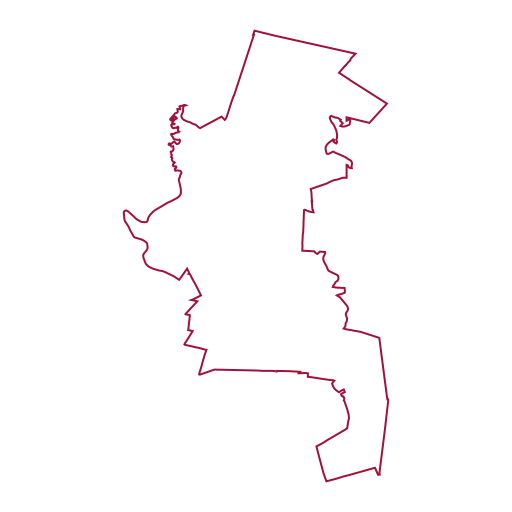 outline of Schitu, Giurgiu, Romania
{"feature_id": "2599482B69197751187645", "entity_name": "Schitu", "entity_type": "district", "adm_level": 2, "iso_a3": "ROU", "parent_name": "Romania", "parent_adm1": "Giurgiu", "projection": "natural_earth1", "projection_center": [25.835, 44.132], "detail": "fine", "context": "isolated", "style": "outline", "palette": "rose", "viewbox_px": 512, "rotation_deg": 0, "n_neighbors": 0, "source": "geoboundaries", "source_scale": "gbopen_adm2", "svg_char_len": 6111}
<svg xmlns="http://www.w3.org/2000/svg" viewBox="0 0 512 512"><path d="M379.7,474.6L379.5,472.5L385.1,427.9L388.2,400.8L388.1,399.4L387.4,399.4L386.8,395.7L379.3,337.9L360.4,331.8L346.8,329.4L343.7,328.6L345.4,326.2L345.5,324.0L345.9,322.9L346.6,321.7L346.8,321.0L347.1,318.9L347.0,318.1L345.9,315.1L345.8,314.2L346.3,312.4L347.0,311.7L347.4,311.0L348.1,309.0L347.6,306.8L346.3,304.9L339.8,297.2L336.9,295.4L338.1,294.8L342.2,293.7L344.7,292.7L344.9,292.3L344.9,291.6L344.6,288.0L336.6,287.6L332.9,287.0L333.2,286.4L333.1,285.9L334.6,283.8L335.6,282.1L337.5,280.8L338.1,279.7L338.5,278.2L338.1,275.9L337.3,275.1L336.2,274.5L329.1,271.1L328.5,270.7L327.8,269.5L326.4,266.0L324.1,262.0L323.2,259.3L323.4,257.2L324.1,255.5L325.2,253.4L325.2,252.6L325.0,252.0L320.1,251.6L318.6,252.7L317.5,253.9L316.1,253.3L315.2,252.6L314.4,251.5L314.0,251.3L302.3,250.7L302.5,244.8L302.3,244.3L302.8,234.5L303.0,232.9L303.2,232.3L304.0,210.1L304.4,209.8L305.7,210.0L307.6,210.9L309.6,211.6L313.5,212.3L312.8,209.6L312.5,209.4L312.3,208.4L312.0,203.8L311.7,201.2L312.1,201.2L311.7,198.1L311.5,193.5L311.3,191.6L310.7,189.0L327.1,183.4L329.2,182.2L333.9,180.2L337.6,179.5L342.6,177.8L344.6,177.7L346.6,177.8L346.6,164.9L347.7,165.3L348.5,166.8L349.1,167.6L349.9,167.8L350.8,168.1L351.8,168.1L351.5,166.5L351.9,164.4L352.0,163.1L351.3,161.1L349.6,159.8L348.4,159.2L345.2,157.1L340.3,154.8L335.4,152.8L333.5,151.7L332.7,151.7L329.5,153.5L328.2,153.9L327.3,153.9L326.9,153.7L326.5,153.1L325.7,149.9L325.6,147.8L325.7,147.0L326.1,145.9L327.6,143.9L329.1,142.5L333.2,139.4L334.2,140.0L333.5,141.6L334.6,142.5L336.2,143.5L336.5,143.2L337.0,142.2L336.4,139.6L337.0,137.6L337.1,134.8L336.6,131.9L336.2,130.3L334.1,125.6L332.8,123.5L331.8,122.4L331.1,121.2L330.0,118.8L329.8,117.3L330.6,116.3L331.3,115.9L335.3,117.6L337.1,117.7L337.7,117.9L340.8,119.8L340.2,120.9L342.7,123.2L340.4,126.0L342.1,126.5L343.9,126.6L345.3,126.3L349.1,124.9L349.6,124.2L350.2,121.3L350.3,119.0L348.1,119.9L346.6,120.8L346.6,117.3L369.4,122.9L386.9,103.6L350.9,80.7L349.0,79.3L339.0,72.8L344.9,65.9L345.1,66.0L347.7,62.9L350.2,60.3L350.1,60.2L350.9,58.5L355.5,53.7L276.1,36.0L254.5,30.7L253.1,34.9L253.9,34.9L234.0,95.6L233.7,95.7L231.5,101.8L227.3,115.1L226.3,117.8L225.4,119.3L224.7,119.9L221.6,116.6L202.5,126.8L200.1,128.2L198.1,126.9L196.7,125.5L195.6,124.8L192.4,123.6L190.5,122.5L186.2,121.1L183.7,119.8L182.9,119.2L182.4,118.6L181.5,116.9L181.3,116.4L181.4,115.4L183.1,111.5L183.1,108.4L183.5,106.5L184.0,105.9L185.7,105.3L184.5,104.9L183.6,105.1L182.6,105.7L180.1,106.1L179.5,106.4L180.1,108.7L180.1,109.2L177.9,108.9L177.3,109.1L177.8,111.5L177.4,112.5L176.4,113.0L175.3,113.2L170.2,119.2L170.4,119.9L170.7,120.2L171.2,120.3L171.7,120.0L173.7,117.7L174.5,116.5L174.8,116.4L175.3,116.7L176.5,117.7L176.8,118.3L176.6,118.6L174.7,119.5L173.7,120.8L172.6,121.6L172.3,122.0L172.2,122.4L172.4,122.8L173.3,123.5L174.5,123.8L174.5,124.1L174.2,124.3L171.7,124.3L171.3,124.7L171.2,125.1L171.4,126.0L172.3,127.6L173.2,128.3L175.7,127.7L176.2,127.9L176.7,127.8L177.0,127.5L177.6,126.7L177.9,126.7L178.3,127.2L178.4,128.0L177.9,129.2L177.9,130.3L178.4,131.1L179.2,131.7L178.2,132.4L175.8,132.7L173.9,133.9L171.6,133.8L171.1,134.1L171.1,134.4L171.7,135.7L173.2,137.6L173.3,138.5L174.0,139.1L176.0,139.7L177.3,139.7L178.3,139.9L179.4,139.6L179.6,139.7L180.0,140.6L180.0,141.1L179.5,142.4L179.1,143.1L178.0,143.9L176.7,144.0L175.6,143.1L174.5,141.7L174.1,141.6L173.4,141.9L172.2,143.2L171.1,143.9L169.6,143.4L169.0,143.5L168.7,143.9L168.6,144.5L168.9,144.8L170.5,145.5L171.4,146.5L171.7,146.5L173.1,146.3L173.3,146.8L173.5,149.1L173.3,150.1L172.4,151.1L171.5,151.6L170.8,151.6L170.7,151.8L171.1,152.9L171.3,154.2L171.9,155.2L171.7,155.8L171.2,156.4L171.1,157.1L172.2,157.8L172.4,158.0L171.8,159.7L171.9,159.9L172.8,161.4L173.3,161.8L174.3,162.2L174.7,162.6L173.0,164.3L173.0,165.1L173.2,166.0L173.7,166.3L176.0,166.4L176.2,166.5L176.3,166.9L176.3,167.3L175.9,168.0L174.8,168.9L174.8,169.2L175.1,170.5L175.3,170.7L177.2,170.4L178.0,170.5L180.2,170.8L180.9,171.5L181.2,172.0L181.4,172.8L181.3,173.5L180.5,174.3L180.3,175.4L179.6,177.7L179.3,177.9L178.9,179.2L178.9,180.8L179.3,181.9L180.7,188.4L180.9,190.5L180.8,193.8L179.7,195.7L178.5,197.0L176.5,198.3L171.4,201.0L167.4,202.8L154.8,210.3L152.6,212.1L149.8,215.2L148.5,217.4L147.8,219.3L147.7,220.5L147.1,221.5L146.3,222.1L145.1,222.2L142.1,222.0L141.0,221.7L137.4,219.7L135.7,218.5L134.7,217.3L128.2,211.5L126.6,210.6L125.8,210.5L124.8,210.9L124.2,211.3L123.9,212.3L123.8,214.3L124.2,216.2L124.3,218.8L125.0,221.2L128.6,226.7L130.6,231.2L132.0,233.4L133.6,236.5L134.6,237.4L135.5,237.7L141.0,239.3L142.8,240.0L145.5,241.8L146.7,242.8L147.1,243.6L147.6,246.9L147.5,248.5L146.6,250.4L143.7,253.8L143.2,255.3L143.4,257.5L144.4,260.3L145.7,263.6L146.9,265.1L148.7,266.6L152.3,268.4L158.1,270.3L162.1,271.0L164.5,271.8L173.7,276.2L179.1,279.8L180.2,278.5L187.1,268.6L188.9,272.2L189.0,273.1L188.5,273.9L189.2,274.1L189.7,274.1L190.1,274.3L191.8,277.9L195.7,284.8L200.4,294.2L201.0,295.4L193.3,299.3L191.4,300.0L197.3,301.3L185.4,314.1L185.5,314.3L189.3,315.0L189.9,315.3L188.2,330.1L192.6,331.0L192.0,332.2L186.0,341.8L184.8,343.4L184.4,344.4L184.8,344.8L201.4,348.5L202.5,349.0L206.4,349.9L204.4,355.7L202.1,363.8L201.4,366.6L199.1,374.0L199.1,374.3L199.3,374.6L200.0,374.6L214.4,369.6L251.7,370.4L258.7,370.6L263.0,370.9L272.3,370.9L274.6,371.1L275.4,371.4L275.8,371.3L276.7,371.5L276.9,370.9L289.7,371.2L300.4,371.8L300.3,372.3L298.8,372.6L298.6,373.3L303.4,373.1L305.1,372.9L307.9,373.3L307.8,376.8L311.4,377.2L327.0,379.6L333.3,380.3L334.3,380.7L332.2,383.3L332.1,383.9L333.5,387.1L334.3,388.4L336.0,390.1L338.7,392.1L339.1,392.2L341.2,390.7L343.8,389.5L344.8,392.1L341.8,393.6L341.0,394.2L341.6,395.6L342.0,396.0L342.5,396.5L343.2,396.3L343.5,396.5L344.2,398.3L344.2,399.4L343.8,400.4L344.4,401.2L347.2,409.3L347.8,411.4L347.8,412.3L348.2,413.0L348.6,414.4L349.0,418.1L348.1,422.0L347.2,428.3L346.6,428.4L345.9,429.2L327.3,440.1L322.0,443.5L316.4,446.4L323.3,472.6L326.4,481.3L337.0,478.5L343.3,476.5L348.2,475.3L374.9,467.8L375.3,468.6L378.1,474.8L379.7,474.6Z" fill="none" stroke="#9f1239" stroke-width="2"/></svg>